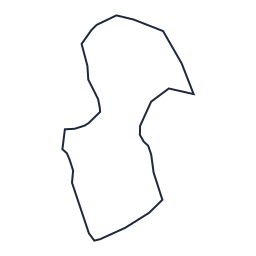 outline of Gorišnica
{"feature_id": "SVN-1041", "entity_name": "Gorišnica", "entity_type": "Municipality", "adm_level": 1, "iso_a3": "SVN", "parent_name": "Slovenia", "parent_adm1": "", "projection": "equal_earth", "projection_center": [16.012, 46.363], "detail": "fine", "context": "isolated", "style": "outline", "palette": "slate", "viewbox_px": 256, "rotation_deg": 0, "n_neighbors": 0, "source": "natural_earth", "source_scale": "10m", "svg_char_len": 564}
<svg xmlns="http://www.w3.org/2000/svg" viewBox="0 0 256 256"><path d="M162.4,199.8L149.1,212.8L125.2,227.8L100.1,239.2L94.3,240.6L94.0,240.2L88.9,233.3L72.0,182.7L73.1,170.6L69.7,159.9L66.9,153.3L62.4,149.2L64.9,129.3L74.6,128.8L84.6,125.6L88.5,123.2L100.1,111.9L99.7,107.2L98.1,99.1L88.3,79.6L87.4,65.8L81.6,43.9L91.5,30.0L96.6,24.9L116.4,15.4L133.5,19.5L163.1,31.1L181.7,63.5L193.6,94.1L168.8,88.5L151.1,101.7L140.1,125.9L139.9,134.9L143.7,141.6L148.2,145.8L151.2,154.6L153.6,172.5L162.1,199.0L162.4,199.8Z" fill="none" stroke="#1e293b" stroke-width="2"/></svg>